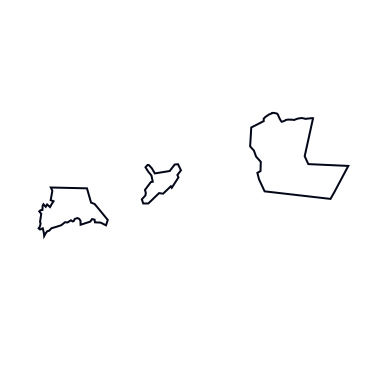 the district of Rаmitan, Bukhoro, Uzbekistan, rotated 138°
{"feature_id": "79887680B12609316203717", "entity_name": "Rаmitan", "entity_type": "district", "adm_level": 2, "iso_a3": "UZB", "parent_name": "Uzbekistan", "parent_adm1": "Bukhoro", "projection": "robinson", "projection_center": [63.441, 40.386], "detail": "fine", "context": "isolated", "style": "outline", "palette": "ink", "viewbox_px": 384, "rotation_deg": 138, "n_neighbors": 0, "source": "geoboundaries", "source_scale": "gbopen_adm2", "svg_char_len": 1542}
<svg xmlns="http://www.w3.org/2000/svg" viewBox="0 0 384 384"><g transform="rotate(138 192 192)"><path d="M120.7,175.4L120.7,168.4L127.1,161.7L130.6,162.5L133.7,156.6L137.6,143.9L93.7,94.2L85.9,96.8L58.4,106.8L86.9,134.9L84.3,143.2L52.7,165.8L53.4,166.6L58.7,170.4L59.7,171.9L61.1,173.7L64.5,175.9L67.9,177.2L68.8,178.3L72.0,181.4L73.9,182.7L75.7,183.0L78.3,184.1L78.4,184.9L77.6,188.5L76.3,192.3L76.4,193.5L78.3,196.1L79.4,197.0L79.5,196.8L83.0,198.1L87.6,198.7L89.6,198.5L91.3,196.7L104.8,200.3L113.8,191.4L118.3,187.0L118.3,181.3L120.7,175.4ZM316.8,279.8L318.5,279.8L318.6,276.7L325.0,271.4L325.4,270.2L326.5,269.2L328.4,268.0L330.3,267.6L330.0,265.8L327.2,264.9L329.4,260.8L331.3,258.2L328.9,259.1L325.8,259.7L324.0,258.8L320.7,259.1L315.9,256.8L311.4,254.8L306.6,254.5L304.8,252.6L300.9,252.0L300.4,250.0L299.4,249.5L297.3,250.4L294.8,249.5L293.8,247.5L294.1,245.3L296.7,242.2L287.5,238.1L284.4,238.7L282.9,236.7L284.4,234.4L280.4,230.4L278.2,224.8L273.3,227.6L272.7,240.3L272.4,248.2L274.1,251.7L267.6,265.0L293.9,289.8L294.9,286.4L299.9,282.5L302.5,280.5L301.1,277.8L304.1,277.0L307.6,275.8L308.0,279.7L310.6,278.9L310.6,282.3L312.1,281.8L315.2,278.7L316.8,279.8ZM204.2,208.7L192.3,211.9L191.5,214.4L185.7,215.5L183.8,222.0L186.5,224.0L194.5,222.5L207.2,230.7L206.0,236.4L206.0,240.8L206.9,241.8L210.0,241.5L210.9,236.4L211.1,231.4L214.3,225.9L216.0,226.9L225.6,225.0L226.8,222.4L228.9,220.6L234.2,220.1L235.9,216.1L232.1,212.7L217.2,213.2L214.6,210.1L203.9,210.4L204.2,208.7Z" fill="none" stroke="#020617" stroke-width="2"/></g></svg>